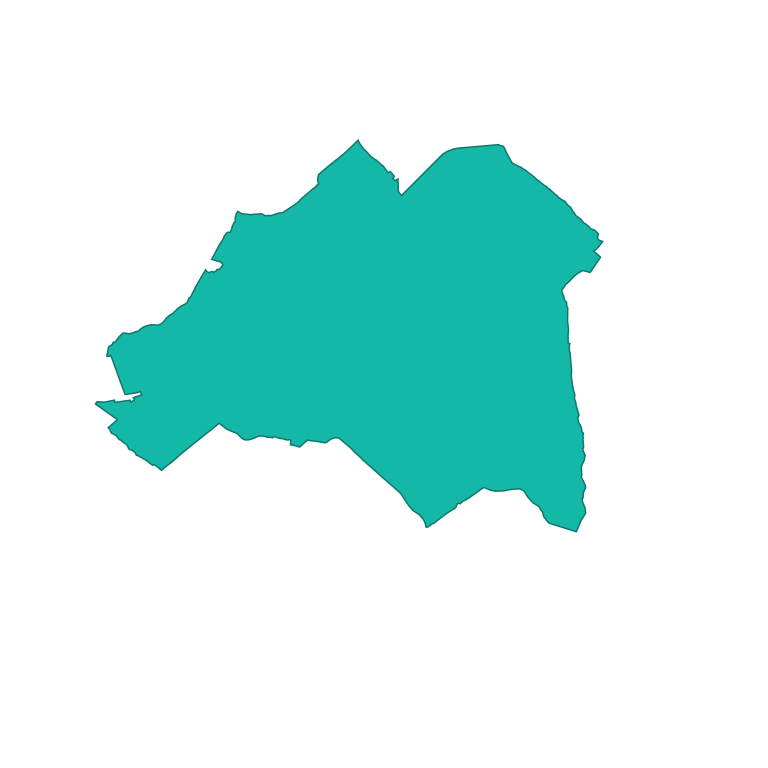 outline of Laza, Vaslui, Romania, rotated 150°
{"feature_id": "2599482B98028982208936", "entity_name": "Laza", "entity_type": "district", "adm_level": 2, "iso_a3": "ROU", "parent_name": "Romania", "parent_adm1": "Vaslui", "projection": "albers", "projection_center": [27.592, 46.65], "detail": "fine", "context": "isolated", "style": "filled", "palette": "teal", "viewbox_px": 768, "rotation_deg": 150, "n_neighbors": 0, "source": "geoboundaries", "source_scale": "gbopen_adm2", "svg_char_len": 6171}
<svg xmlns="http://www.w3.org/2000/svg" viewBox="0 0 768 768"><g transform="rotate(150 384 384)"><path d="M284.5,608.1L301.1,603.9L310.8,602.2L313.2,602.0L323.1,600.5L335.3,598.2L336.1,597.9L337.8,596.2L339.8,593.0L340.4,591.3L340.5,590.0L342.1,589.9L344.8,588.9L348.4,588.5L362.9,585.8L367.8,584.4L372.8,583.8L386.1,583.1L389.7,584.7L397.0,586.1L402.9,589.3L404.3,591.8L404.9,592.5L411.3,595.8L414.9,597.4L419.1,600.5L421.1,601.8L422.6,603.4L424.2,606.5L425.7,605.8L426.4,605.7L426.9,605.2L427.5,604.5L429.1,603.1L430.8,600.6L431.4,599.3L432.1,598.7L433.3,598.8L433.8,598.5L434.6,597.6L436.1,596.8L439.1,593.9L441.1,592.4L441.7,592.5L443.5,593.5L444.2,593.6L445.0,593.5L448.3,591.9L450.7,590.1L457.2,586.7L470.9,578.1L466.3,573.1L464.5,571.6L464.0,569.4L463.8,567.7L467.9,566.1L469.5,565.6L471.0,566.5L471.8,566.6L472.8,565.9L475.6,565.8L475.7,566.1L476.2,567.0L477.1,567.6L479.7,567.9L481.0,569.6L481.4,570.8L481.4,572.0L491.4,566.5L494.8,564.5L496.5,563.4L498.9,562.2L500.2,561.1L502.7,559.5L504.5,558.6L505.3,557.7L506.7,556.8L507.9,556.2L510.1,555.8L513.8,552.9L516.7,552.7L521.1,552.9L525.1,552.4L529.3,551.4L530.1,551.1L531.9,550.8L533.3,550.6L535.5,550.7L539.6,549.8L543.8,548.1L546.9,547.6L548.7,547.7L550.8,548.3L551.8,548.7L553.4,550.2L556.3,551.8L559.5,552.8L562.1,553.4L564.1,553.6L567.1,553.3L570.3,552.6L573.1,553.5L575.4,553.8L577.5,554.3L579.9,555.1L583.6,558.2L585.1,558.6L589.5,557.4L596.3,554.6L597.3,555.5L598.0,555.4L598.4,554.9L600.1,553.8L601.2,554.1L603.0,554.0L604.1,553.5L604.9,552.7L610.0,546.9L609.0,545.9L606.3,544.8L611.1,518.2L613.4,504.4L606.9,501.7L601.9,499.9L600.8,499.6L598.8,499.6L598.9,495.7L607.9,497.5L608.0,495.0L612.1,494.8L612.1,497.0L626.3,502.6L625.5,504.8L635.0,508.0L641.5,512.1L643.9,511.0L635.4,492.4L632.6,486.6L635.7,485.8L644.8,484.0L644.1,481.7L644.2,481.1L644.6,480.1L644.4,477.2L644.3,476.9L643.4,476.1L642.5,474.5L642.0,473.7L641.1,470.1L641.3,469.7L641.1,468.4L639.8,466.4L639.1,463.9L638.2,462.4L637.1,459.7L637.1,458.1L637.4,456.5L637.4,455.6L637.1,454.6L636.7,454.0L635.6,452.9L633.9,449.3L633.8,448.7L634.1,446.3L633.1,445.2L631.3,442.3L630.4,440.9L630.1,440.0L628.9,438.2L628.1,436.4L627.7,436.0L627.6,435.6L627.3,435.2L626.5,432.5L624.9,429.2L623.3,429.2L621.1,424.0L619.9,420.5L612.9,421.8L607.3,422.4L601.6,423.4L598.1,424.3L582.2,427.0L555.7,430.9L546.4,432.5L543.0,424.1L540.3,420.1L536.4,415.3L535.7,414.1L535.1,410.9L534.5,408.9L533.6,406.8L532.6,405.3L529.3,403.4L528.3,403.0L523.6,402.0L522.4,401.8L521.3,402.0L517.7,401.2L516.8,400.7L512.9,397.8L512.4,397.0L511.3,395.9L508.0,394.0L507.8,393.2L506.6,393.3L505.2,393.2L504.5,392.7L503.6,391.4L501.4,388.9L500.2,388.0L499.7,387.9L496.1,384.1L493.9,383.1L492.8,382.2L495.4,378.0L492.6,375.9L488.6,371.6L478.2,373.7L475.2,371.0L472.7,369.3L468.8,366.2L467.7,365.0L467.0,364.8L464.9,362.9L464.1,362.4L463.2,362.2L459.2,362.7L456.4,362.7L454.1,362.2L451.5,360.9L450.4,360.0L449.6,358.5L444.6,344.5L443.6,340.0L441.1,332.1L440.0,327.5L439.1,325.8L438.7,323.9L436.5,317.5L431.6,302.4L431.0,300.9L424.5,281.6L424.1,279.4L423.9,274.3L423.4,266.8L422.7,262.6L421.9,259.4L418.7,253.1L418.1,249.1L417.7,247.9L417.7,245.1L417.9,242.7L419.2,239.4L418.9,238.7L417.0,238.2L412.6,238.8L410.4,238.4L404.2,239.4L393.9,240.6L384.2,241.0L383.3,241.3L382.0,242.5L380.3,243.6L379.4,243.5L378.3,242.4L377.4,242.3L375.0,242.9L373.2,243.1L372.2,242.8L367.6,242.8L350.2,244.5L348.7,243.9L344.9,238.7L341.2,235.6L333.6,231.5L328.6,229.9L323.1,227.5L319.3,225.5L318.0,224.3L316.4,221.7L316.2,220.7L316.0,213.8L315.4,211.8L314.6,207.4L314.1,205.9L312.5,203.3L311.2,200.4L311.0,198.8L311.3,197.4L310.8,194.3L310.9,193.5L311.9,189.3L311.9,188.1L311.5,185.0L310.9,181.4L309.1,179.2L291.3,159.9L281.2,167.5L274.0,171.2L271.9,176.0L271.0,182.5L269.8,185.8L268.6,185.8L265.6,190.2L263.0,192.4L262.6,192.6L262.1,192.5L261.0,193.8L260.3,196.0L260.2,198.4L259.8,200.6L259.9,201.7L259.8,203.3L259.6,204.7L259.3,205.3L258.0,206.4L257.4,208.1L256.2,210.2L255.0,212.8L254.1,214.1L248.9,217.7L247.8,218.8L246.6,220.6L245.5,221.2L245.3,222.5L245.5,223.2L245.1,224.0L245.2,225.1L244.5,228.4L243.9,228.5L243.1,229.0L241.4,231.9L240.7,233.8L240.2,234.4L239.7,236.3L238.6,237.3L237.7,239.6L236.1,241.2L236.0,241.9L236.5,243.8L235.4,246.1L234.8,248.6L234.6,250.4L234.7,252.4L234.4,254.0L233.7,256.8L233.0,257.7L230.9,259.3L230.6,259.7L229.2,266.0L228.4,269.1L227.3,271.7L226.2,276.6L225.7,277.3L224.9,278.0L224.2,279.3L223.7,280.8L223.5,282.4L223.1,283.6L220.9,289.9L219.0,294.4L218.4,296.1L217.2,298.3L216.2,299.7L214.8,301.9L207.2,318.1L207.1,319.0L206.5,320.7L204.2,324.7L202.9,326.1L204.0,327.3L203.5,328.2L200.4,333.9L197.2,338.4L193.9,346.1L186.7,358.2L186.8,358.7L187.0,359.4L186.6,360.4L185.0,363.6L185.0,364.2L185.8,365.7L185.1,368.4L184.3,370.9L184.4,371.6L184.0,373.6L183.9,374.8L183.6,375.6L183.0,376.6L180.0,377.6L177.1,379.3L172.7,380.1L166.0,382.1L160.7,383.0L155.3,382.9L152.6,380.6L150.5,378.2L150.0,377.8L149.0,377.8L133.4,385.4L133.1,385.8L133.2,386.2L135.4,392.5L136.2,394.4L134.0,394.4L129.6,395.5L123.4,398.0L126.0,401.3L126.1,403.0L126.1,403.9L123.6,406.5L123.2,407.2L123.5,407.7L124.5,411.4L125.0,412.4L127.3,414.9L127.6,415.9L127.8,418.3L128.5,419.4L129.2,421.8L129.5,422.0L130.0,422.7L130.6,424.5L131.4,429.2L133.0,432.1L133.7,434.3L133.8,435.3L133.7,437.4L134.2,438.6L134.0,440.5L134.1,444.0L135.0,445.7L135.7,448.7L135.7,450.3L135.9,451.4L138.3,455.5L139.3,457.9L139.7,458.0L139.8,459.9L140.0,460.8L141.5,464.0L141.6,465.2L142.4,467.0L143.1,469.9L143.8,470.8L144.4,472.2L144.6,473.8L146.0,476.2L148.6,483.0L149.4,484.5L150.7,488.9L153.7,495.9L154.2,497.5L154.7,498.7L155.7,500.1L156.1,501.1L157.0,503.1L157.6,504.0L159.4,506.1L159.9,507.1L162.5,511.4L162.5,514.5L162.3,520.3L162.3,522.0L162.0,525.7L161.7,527.7L161.7,529.5L162.0,530.4L165.2,533.5L165.1,534.0L201.5,551.0L206.0,552.7L213.2,553.8L218.2,553.7L274.5,538.5L275.1,541.4L275.2,542.8L275.1,543.9L269.4,554.5L272.8,554.5L273.5,557.4L271.2,558.7L272.1,563.6L272.4,564.6L272.7,564.9L274.9,565.1L275.5,571.8L275.8,573.3L277.3,577.1L278.7,581.6L279.9,583.7L280.7,585.3L281.9,588.7L282.8,593.4L283.9,596.9L284.5,600.4L284.7,604.2L284.7,606.7L284.5,608.1Z" fill="#14b8a6" stroke="#0f766e" stroke-width="1.5"/></g></svg>